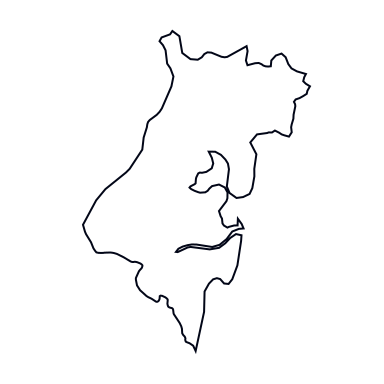 SVG path tracing the border of Bouches-du-Rhône, rotated 277°
{"feature_id": "FRA-5274", "entity_name": "Bouches-du-Rhône", "entity_type": "Metropolitan department", "adm_level": 1, "iso_a3": "FRA", "parent_name": "France", "parent_adm1": "", "projection": "orthographic", "projection_center": [4.982, 43.547], "detail": "fine", "context": "isolated", "style": "outline", "palette": "ink", "viewbox_px": 384, "rotation_deg": 277, "n_neighbors": 0, "source": "natural_earth", "source_scale": "10m", "svg_char_len": 3097}
<svg xmlns="http://www.w3.org/2000/svg" viewBox="0 0 384 384"><g transform="rotate(277 192 192)"><path d="M323.0,290.7L319.6,289.4L315.5,288.9L313.3,291.8L311.3,296.2L306.5,294.2L303.4,293.9L300.7,290.6L298.3,287.3L296.5,283.6L293.9,282.2L291.8,283.6L289.8,284.1L281.1,283.4L277.1,283.7L271.2,282.7L268.4,282.5L263.4,283.7L258.8,281.5L259.5,276.8L260.1,274.0L261.5,271.2L263.1,266.8L260.8,264.1L260.5,260.9L259.7,259.4L257.1,249.5L248.3,243.8L237.3,251.3L222.6,251.0L215.1,252.0L203.2,251.4L197.1,249.4L193.2,243.3L191.5,236.9L195.6,229.4L201.7,225.9L219.1,225.9L224.6,224.2L228.3,221.2L232.4,216.2L234.8,210.1L234.1,203.7L228.4,207.5L222.9,209.6L217.9,208.7L213.7,203.8L212.3,199.6L212.2,197.3L211.2,195.9L207.1,194.5L205.6,194.3L201.0,194.5L200.1,193.7L197.4,189.8L196.1,189.0L194.8,190.8L193.5,194.4L192.6,198.1L192.3,200.1L193.3,205.2L195.1,207.4L197.5,208.8L200.3,211.2L202.7,217.9L200.5,224.0L195.9,227.3L190.1,227.9L187.1,227.3L176.4,221.1L171.4,223.4L169.3,225.0L164.5,226.1L162.6,227.8L161.0,231.5L161.9,232.9L163.9,237.9L164.4,241.3L171.0,240.8L166.3,245.2L162.1,247.6L161.1,243.0L157.7,236.8L149.5,232.1L142.9,225.8L139.9,218.7L140.4,202.8L139.9,198.2L138.7,194.1L136.7,189.4L134.0,185.4L130.6,183.4L130.6,185.1L136.4,194.4L137.3,197.2L137.2,216.6L139.9,225.7L145.2,231.3L151.1,235.6L155.6,240.8L155.1,246.4L149.4,246.7L124.7,246.0L110.3,242.6L105.2,239.5L105.1,235.0L109.0,230.6L109.5,227.2L107.9,223.6L103.1,220.0L94.8,216.6L74.5,218.6L34.6,215.0L39.6,211.9L41.6,208.0L42.2,205.5L42.6,204.3L42.7,204.1L42.8,204.0L43.3,203.8L44.4,203.3L46.0,203.3L47.6,202.4L49.0,200.7L50.6,199.5L55.0,198.7L57.4,197.7L60.5,195.7L68.5,188.9L69.3,188.5L72.9,187.6L73.8,187.1L74.3,186.3L74.5,184.5L74.8,183.3L75.4,182.3L76.9,181.6L78.1,181.2L81.4,181.1L82.4,180.9L83.3,179.9L84.2,178.4L85.3,175.0L85.3,173.4L84.7,172.7L82.7,172.8L81.7,172.8L80.7,172.5L79.8,172.1L79.2,171.5L78.8,170.8L78.7,169.9L79.2,168.8L80.9,165.4L81.5,163.9L82.3,161.4L83.2,159.5L88.2,152.4L92.6,148.8L97.8,147.1L98.7,146.9L99.7,146.8L100.8,147.1L106.9,149.0L108.5,150.0L110.0,151.1L110.8,151.5L111.8,151.7L112.6,151.8L113.2,151.7L113.9,151.0L114.7,149.6L115.6,146.3L115.8,144.6L115.7,143.3L115.4,142.5L115.3,141.6L115.3,140.7L115.6,139.5L118.9,132.1L121.4,125.0L121.9,122.0L122.0,120.3L122.0,118.4L121.1,112.5L120.8,111.6L120.5,109.7L120.2,106.7L120.4,104.5L121.7,103.1L124.0,101.1L129.8,97.9L137.2,92.0L139.6,90.6L146.2,87.8L172.1,97.9L184.3,105.7L203.3,124.1L207.4,127.3L228.0,137.5L240.2,137.4L250.6,139.3L253.9,139.4L256.2,139.9L258.3,141.3L264.3,147.6L267.7,150.1L271.3,151.9L294.3,158.7L304.4,159.5L312.1,155.5L316.4,151.7L329.4,148.5L334.2,145.3L337.7,141.4L341.7,143.0L345.8,151.0L349.4,152.9L345.1,160.5L328.8,165.4L323.7,174.3L324.0,181.6L326.9,185.3L330.4,187.4L332.5,190.3L332.7,194.2L329.8,204.8L329.7,208.0L330.4,210.5L343.4,228.4L338.6,230.0L329.1,229.5L324.6,231.6L327.5,238.9L328.2,242.5L327.3,245.5L326.2,247.4L325.7,249.7L325.8,252.3L326.4,254.9L332.2,254.7L337.7,258.6L340.3,264.0L337.2,268.5L330.7,272.0L326.8,275.7L324.5,281.5L323.0,290.7L323.0,290.7Z" fill="none" stroke="#020617" stroke-width="2"/></g></svg>